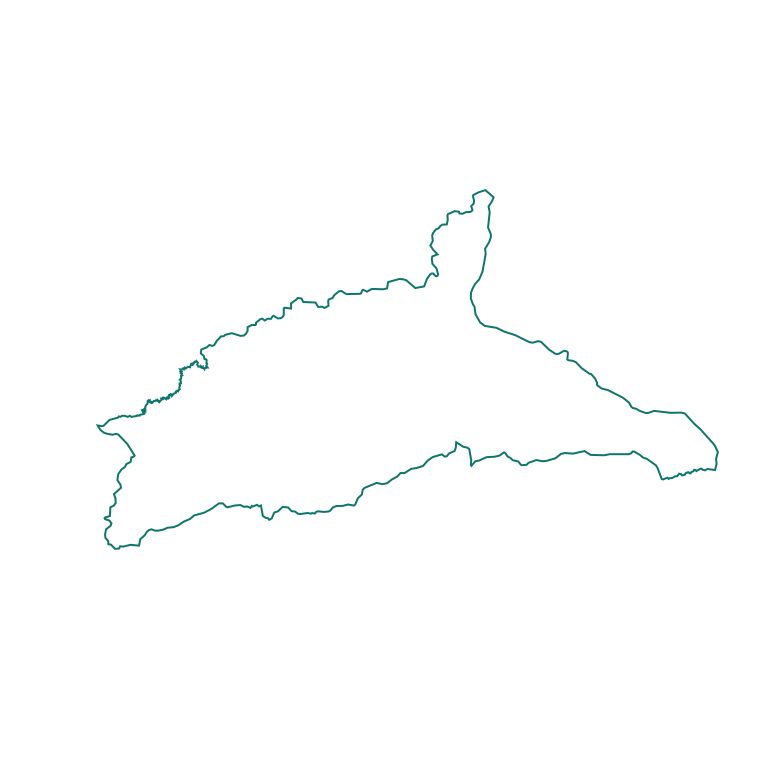 the district of Pak Chom, Loei, Thailand, rotated 76°
{"feature_id": "78962969B8993470391858", "entity_name": "Pak Chom", "entity_type": "district", "adm_level": 2, "iso_a3": "THA", "parent_name": "Thailand", "parent_adm1": "Loei", "projection": "orthographic", "projection_center": [101.94, 17.928], "detail": "fine", "context": "isolated", "style": "outline", "palette": "teal", "viewbox_px": 768, "rotation_deg": 76, "n_neighbors": 0, "source": "geoboundaries", "source_scale": "gbopen_adm2", "svg_char_len": 6152}
<svg xmlns="http://www.w3.org/2000/svg" viewBox="0 0 768 768"><g transform="rotate(76 384 384)"><path d="M342.5,590.5L344.3,592.6L342.9,592.6L342.2,593.4L343.1,594.0L342.5,595.1L343.1,595.6L344.0,595.3L345.0,596.2L345.6,595.9L345.9,596.8L344.8,596.8L344.3,597.5L346.1,599.1L344.6,600.0L345.0,601.4L343.8,601.3L343.7,602.2L344.9,602.7L344.4,603.7L345.4,603.6L346.4,605.4L346.1,605.9L346.8,605.8L347.3,606.5L344.6,607.8L345.4,608.4L344.6,609.2L345.2,610.3L344.8,611.4L345.6,612.6L345.3,613.2L346.2,613.3L346.2,614.3L345.4,615.2L345.0,614.6L344.2,615.5L343.5,615.3L343.8,616.1L342.8,616.2L343.1,617.3L346.1,618.4L346.9,619.9L348.4,621.2L349.6,621.4L350.0,622.3L351.4,621.7L351.8,622.4L353.0,622.2L353.0,623.1L351.0,623.1L350.8,625.1L353.1,624.7L354.5,623.5L355.1,624.2L354.8,627.9L355.6,628.7L354.7,630.8L355.2,631.1L354.8,637.0L353.4,638.3L353.9,640.6L352.2,643.2L351.5,645.9L352.1,647.7L351.3,649.2L352.3,650.5L352.4,659.0L356.7,666.2L356.5,668.3L355.0,671.8L359.9,670.3L363.1,667.9L364.8,665.7L367.5,659.8L367.6,656.1L368.8,654.0L380.0,647.6L393.2,643.3L394.0,644.5L394.1,646.9L398.3,648.7L399.4,653.4L401.7,655.3L403.5,659.5L407.2,663.7L412.7,665.9L417.9,664.1L421.1,664.3L425.5,672.7L429.8,672.2L434.5,673.1L436.7,675.7L437.4,679.3L445.8,681.9L446.1,687.0L446.6,687.6L447.6,687.3L450.2,683.4L453.1,682.1L455.4,683.6L457.8,688.9L462.7,691.1L466.0,691.5L469.5,689.6L472.8,690.2L473.7,687.9L478.9,684.8L479.5,680.7L477.6,679.3L478.7,676.5L478.7,668.9L481.6,660.8L475.7,658.1L472.9,652.8L470.1,649.8L468.8,647.3L468.8,644.7L471.0,641.5L471.7,638.1L471.9,633.8L471.1,628.8L472.0,622.8L471.3,617.5L469.1,611.7L468.0,604.7L465.6,600.2L465.4,589.9L463.6,582.2L459.9,573.0L460.9,569.2L464.9,566.9L465.8,565.7L465.8,558.2L466.7,552.6L469.2,549.8L469.8,546.2L472.0,543.6L470.3,541.8L471.2,540.9L470.5,536.5L472.5,534.7L472.1,532.8L482.7,533.5L485.4,531.0L486.2,529.0L488.0,528.3L487.3,525.5L482.2,521.6L481.9,517.7L478.7,512.0L480.7,506.8L485.1,504.4L486.1,501.3L489.1,498.8L489.9,496.8L490.7,489.2L492.1,486.5L491.8,485.0L493.0,482.4L491.6,480.6L491.5,479.1L493.6,473.2L494.3,468.5L493.9,466.8L491.4,463.5L490.9,459.7L492.3,453.3L492.2,448.1L494.7,442.6L494.0,441.1L488.5,437.0L485.9,432.2L481.6,430.3L480.1,428.1L478.2,415.1L480.8,409.7L481.0,404.9L478.6,399.6L476.9,393.3L474.4,389.6L475.4,385.5L472.9,378.3L473.4,373.0L473.0,366.0L468.8,360.0L466.7,354.4L466.3,344.8L469.1,342.6L469.3,340.6L467.1,337.6L466.2,331.8L463.3,329.8L458.0,328.0L464.0,322.3L466.1,318.3L467.8,317.0L478.9,317.8L483.5,319.3L484.5,319.0L481.1,314.1L481.3,310.2L479.8,302.4L481.3,294.4L481.4,289.3L479.4,284.1L480.5,282.9L484.1,281.7L486.4,279.2L489.0,277.6L491.7,272.4L495.4,270.8L496.2,269.8L496.9,265.3L495.4,262.7L494.7,254.5L497.3,248.9L497.9,244.7L497.5,235.6L494.7,229.3L494.7,225.4L497.3,217.4L497.6,205.7L502.8,200.6L506.4,187.6L506.8,181.5L511.4,163.3L511.0,160.8L509.6,159.2L510.0,157.7L514.5,153.0L518.0,150.5L520.2,147.1L528.6,139.9L531.5,138.9L543.4,137.5L544.1,136.5L543.5,131.7L544.9,130.9L544.5,129.6L545.0,127.3L544.0,124.0L544.4,121.8L542.4,119.3L543.3,117.6L544.8,117.0L544.9,114.2L543.5,112.9L543.7,112.0L543.1,111.2L543.3,109.8L544.5,109.3L544.9,108.1L543.8,107.1L543.5,104.8L542.3,103.9L542.9,102.4L544.1,102.0L542.8,97.4L543.1,96.2L544.0,95.9L545.4,93.6L544.7,90.7L547.6,83.6L541.9,80.6L537.0,79.9L530.8,76.5L523.1,78.1L504.7,87.8L497.8,92.5L485.4,99.2L483.7,102.5L481.3,112.9L475.4,128.5L476.0,134.6L475.3,137.4L471.6,142.8L469.0,145.4L467.5,148.3L466.1,149.5L461.4,150.7L455.1,155.5L443.9,168.4L441.2,173.7L437.1,177.2L436.1,177.5L434.6,176.9L429.9,177.8L424.5,180.6L423.7,182.2L416.6,188.3L409.1,192.6L407.0,195.6L405.5,199.5L404.4,200.2L399.0,198.2L397.5,198.1L396.4,198.9L395.3,201.3L396.9,206.8L396.9,208.9L395.9,210.7L390.6,215.5L381.1,221.4L379.7,224.2L379.9,229.7L378.6,232.8L368.3,244.9L362.5,254.3L356.7,261.3L352.0,272.2L347.4,275.9L338.3,278.3L330.8,277.5L328.2,278.4L321.9,279.1L316.3,277.4L312.5,274.7L308.8,271.2L305.6,266.4L298.9,261.3L282.5,253.9L277.3,253.2L271.7,247.6L267.2,244.7L264.3,244.1L257.4,245.2L242.9,239.9L237.1,239.6L232.7,234.9L229.3,232.5L220.4,238.8L220.9,245.8L222.2,251.6L223.1,252.2L228.3,252.3L230.8,253.5L232.5,256.4L236.7,256.1L237.5,257.3L237.9,259.1L237.1,262.8L237.8,266.7L236.7,269.6L235.0,269.6L233.4,273.6L234.6,280.8L235.8,281.7L240.1,282.4L244.4,284.5L243.5,288.8L244.3,291.1L246.1,293.3L246.5,296.1L249.2,299.7L251.4,301.3L257.1,302.1L260.8,305.5L265.3,304.0L271.2,300.7L271.9,306.3L274.4,307.4L279.3,307.9L284.5,305.1L290.7,305.0L291.8,305.8L292.2,306.9L291.8,307.8L288.7,309.6L288.3,310.9L288.7,312.5L292.5,317.0L299.0,321.4L298.5,330.4L288.8,337.2L286.9,340.3L285.8,344.0L286.1,355.3L292.0,357.9L291.9,361.8L288.8,372.8L290.3,378.1L287.5,381.5L288.0,382.6L290.5,384.3L290.7,385.4L287.7,398.8L283.5,402.8L283.1,405.0L285.8,410.9L288.1,413.0L288.7,417.3L290.0,418.1L294.7,418.9L295.8,423.4L294.2,425.0L293.2,429.3L288.4,430.7L284.9,442.5L281.2,443.3L279.6,446.9L280.7,448.2L283.3,454.7L288.3,455.9L286.0,461.8L286.3,462.9L293.1,464.7L294.4,466.1L295.2,468.3L294.7,471.1L291.1,474.7L291.4,475.8L293.4,477.8L292.5,481.3L293.6,484.3L291.2,486.3L291.0,487.7L293.4,493.2L295.1,493.7L295.7,494.6L294.8,497.8L295.8,502.6L299.5,503.5L302.0,506.0L303.1,508.3L302.6,511.6L297.9,519.3L297.9,526.1L298.8,527.9L298.4,530.7L301.9,536.0L305.2,539.3L305.5,541.5L303.9,543.9L305.6,547.1L306.4,553.0L310.0,554.3L313.1,552.1L316.4,552.1L316.8,550.9L317.9,550.3L320.7,551.2L321.7,550.7L323.4,552.1L325.2,551.3L324.8,552.5L325.4,552.8L325.2,554.1L326.1,554.7L325.3,554.9L324.6,556.2L323.4,555.8L323.8,556.8L322.9,557.2L323.7,557.4L322.1,559.2L322.2,560.0L320.1,560.6L318.3,559.5L316.2,560.5L317.1,561.6L316.6,562.5L317.6,563.3L317.7,565.0L318.5,564.3L319.2,565.0L318.5,566.7L320.9,568.2L319.8,570.3L321.1,572.6L319.9,573.4L320.5,573.9L320.3,574.6L321.0,574.7L320.4,575.3L321.2,575.8L320.5,578.2L321.4,577.8L322.5,578.6L323.2,577.4L324.4,578.6L325.1,577.5L326.4,578.5L326.9,577.9L327.4,579.0L329.7,579.5L330.4,581.1L331.8,580.5L334.2,580.8L334.0,582.1L334.8,582.6L335.9,582.2L338.0,583.6L339.6,583.4L340.0,584.6L341.3,585.5L340.5,586.3L341.0,587.8L342.2,587.8L342.5,590.5Z" fill="none" stroke="#0f766e" stroke-width="2"/></g></svg>